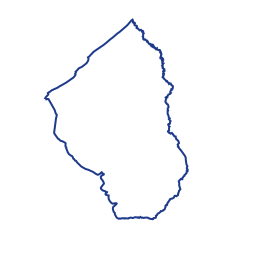 outline of Ban Chang, Rayong, Thailand, rotated 150°
{"feature_id": "78962969B38445835691017", "entity_name": "Ban Chang", "entity_type": "district", "adm_level": 2, "iso_a3": "THA", "parent_name": "Thailand", "parent_adm1": "Rayong", "projection": "orthographic", "projection_center": [101.027, 12.738], "detail": "fine", "context": "isolated", "style": "outline", "palette": "blue", "viewbox_px": 256, "rotation_deg": 150, "n_neighbors": 0, "source": "geoboundaries", "source_scale": "gbopen_adm2", "svg_char_len": 5659}
<svg xmlns="http://www.w3.org/2000/svg" viewBox="0 0 256 256"><g transform="rotate(150 128 128)"><path d="M181.2,53.9L180.4,53.8L179.8,53.2L178.3,52.9L177.7,52.3L176.2,51.7L176.1,51.2L174.8,50.8L173.1,49.5L172.2,49.6L171.7,49.3L170.7,49.2L170.3,49.0L169.1,47.8L168.4,47.5L167.2,47.4L166.9,47.2L165.9,46.9L164.7,45.7L163.9,45.7L163.4,44.6L161.7,44.8L161.2,43.5L160.1,43.1L159.5,42.3L158.1,41.9L156.1,40.8L155.6,40.3L155.4,39.7L155.0,39.5L154.8,38.9L153.6,37.7L152.8,37.2L152.4,36.7L151.8,36.6L151.6,37.0L151.3,36.9L150.5,37.1L148.9,36.4L147.7,37.5L147.6,38.1L146.4,38.1L145.1,39.0L143.4,38.8L141.6,39.3L141.2,39.6L140.8,39.2L139.3,38.9L139.0,39.2L137.7,39.1L136.7,39.4L136.4,39.8L134.8,41.0L134.7,41.6L134.3,42.0L133.4,42.2L133.3,41.9L132.6,41.8L132.1,42.5L131.4,43.2L130.3,43.5L130.2,43.8L128.7,44.5L128.0,44.6L127.6,45.2L127.0,45.4L126.0,45.1L125.5,45.1L125.2,44.8L123.6,44.7L122.7,45.0L122.2,45.6L121.5,45.9L121.1,45.8L120.2,44.7L118.2,44.9L117.8,45.8L117.0,46.2L116.7,46.8L115.7,47.4L115.4,48.0L113.3,48.8L112.9,49.9L113.0,50.4L112.5,51.9L112.5,52.6L111.3,54.3L110.7,56.5L107.6,57.5L107.2,57.4L106.9,56.6L106.6,56.5L106.1,57.3L104.7,57.9L104.3,58.3L103.0,58.4L102.6,59.0L101.9,59.0L101.2,59.4L100.5,59.4L100.0,59.6L99.7,59.9L99.5,60.4L98.3,60.7L98.4,61.3L97.8,61.2L97.3,61.7L97.1,62.4L97.4,62.8L97.2,63.1L97.2,63.9L95.7,65.1L95.6,67.2L93.8,71.7L93.0,73.1L92.7,74.3L92.7,76.2L93.2,81.0L94.1,86.8L93.5,86.9L93.3,88.8L91.3,89.5L90.9,91.6L91.2,92.4L91.2,93.1L91.8,94.1L91.5,95.0L91.5,95.8L91.3,96.1L91.4,96.7L91.1,96.9L91.9,97.7L92.2,98.4L92.0,99.2L92.3,99.7L92.2,100.6L92.5,101.3L92.5,101.8L93.6,101.7L94.0,101.8L94.1,102.1L93.9,102.4L94.9,103.4L94.9,104.3L95.1,104.3L95.2,104.8L95.1,105.1L94.8,105.3L94.0,105.1L93.5,105.5L93.0,106.7L92.2,107.7L91.9,108.4L91.4,108.5L91.7,109.2L91.5,109.9L91.6,110.3L91.4,111.0L90.7,111.1L90.6,110.9L90.1,110.7L89.6,110.8L88.4,112.3L87.7,112.7L88.0,113.4L87.9,114.5L88.1,114.9L87.2,115.2L87.0,115.4L87.6,116.4L87.1,117.3L86.6,119.3L86.7,120.2L85.6,122.2L85.0,122.8L84.5,123.0L84.5,123.3L84.8,123.5L84.2,124.3L83.8,125.1L83.4,125.2L82.3,125.9L81.7,128.4L82.3,129.3L82.2,130.0L82.5,130.4L82.3,131.6L82.5,132.1L81.0,133.7L80.0,134.4L80.1,135.0L79.8,135.4L79.9,135.6L79.3,135.7L78.4,135.1L77.4,136.3L76.2,136.7L74.7,136.5L73.4,136.9L73.8,137.5L73.5,138.0L71.8,139.3L71.2,139.1L70.9,140.0L69.7,139.7L69.4,140.3L68.6,141.0L68.2,142.0L68.5,142.5L68.5,142.9L68.9,143.2L69.0,143.6L68.8,145.2L69.4,145.7L69.8,145.6L70.0,146.3L70.5,146.1L70.4,147.0L70.8,148.2L70.7,149.0L71.5,149.2L71.4,150.3L72.2,152.5L72.1,154.2L72.6,154.3L72.7,154.6L72.5,154.9L72.0,154.9L71.8,155.3L70.7,155.8L70.6,156.2L70.9,156.6L70.7,157.1L70.1,156.7L69.6,156.9L69.6,158.2L69.3,159.5L68.3,159.2L68.3,159.7L67.6,159.8L67.6,160.4L67.1,160.7L67.2,161.1L67.9,162.0L68.1,162.6L67.9,162.9L67.4,163.1L67.2,163.7L67.4,164.9L66.7,165.4L66.2,165.3L66.0,165.5L65.9,165.9L65.1,166.2L65.3,166.4L65.3,166.7L65.8,167.2L65.6,167.6L64.4,168.4L64.5,169.3L64.9,169.5L64.8,169.8L64.2,170.1L64.1,169.9L63.3,169.6L63.1,170.2L63.3,171.7L63.5,171.8L64.5,171.2L65.1,172.4L63.7,173.8L63.3,173.9L63.0,174.5L62.6,174.7L62.5,175.1L62.0,175.5L61.9,176.2L62.3,176.3L62.3,177.5L61.9,177.4L61.5,177.8L61.5,179.7L62.2,180.1L62.4,180.3L62.7,180.3L63.3,181.1L63.5,181.2L63.6,181.7L63.2,182.4L64.5,182.3L64.6,182.8L64.1,183.2L64.1,183.4L64.3,183.8L64.9,184.2L65.2,185.7L65.4,185.5L65.4,185.0L65.5,184.9L65.9,185.4L65.5,186.4L66.0,186.6L65.2,187.2L64.8,186.8L64.8,187.7L65.3,188.1L65.7,187.6L66.5,187.9L66.9,187.8L67.1,188.3L66.8,188.8L66.6,189.7L67.4,190.1L67.7,190.4L67.8,191.6L67.7,192.1L68.2,192.8L67.7,193.1L67.7,193.8L68.1,193.9L68.0,194.3L68.5,194.8L68.6,195.7L69.1,196.4L69.8,196.3L70.3,197.0L70.2,197.9L69.7,198.4L69.6,198.8L69.6,199.6L69.3,199.6L69.0,199.8L68.8,200.4L68.0,201.4L67.9,202.1L67.6,202.3L67.0,202.3L67.1,203.7L66.5,204.1L66.5,204.3L66.7,204.8L67.0,204.9L67.3,204.9L67.6,204.4L67.8,204.5L67.6,205.3L67.7,206.6L69.1,206.8L69.8,209.5L70.2,209.7L70.6,210.2L70.4,210.7L69.8,210.9L69.3,211.8L69.6,212.5L70.6,213.2L70.9,213.8L70.8,214.3L69.5,215.3L69.7,216.0L70.7,216.3L71.0,216.9L70.9,217.3L70.2,217.9L69.9,219.6L71.5,219.4L76.7,217.5L78.8,217.0L87.2,215.4L90.4,215.1L95.8,214.0L98.7,213.7L103.8,212.7L107.9,212.1L119.9,211.2L120.4,210.9L123.7,210.0L125.8,209.3L127.4,209.2L127.6,207.7L128.2,206.9L129.1,206.1L131.6,204.8L137.4,204.0L140.6,204.3L143.9,203.2L145.2,203.0L145.3,202.1L146.8,201.3L146.8,200.4L147.8,199.8L149.9,199.0L159.0,198.2L167.4,198.3L168.4,198.1L175.2,198.8L177.8,198.4L178.9,198.5L180.0,198.3L180.0,197.3L180.7,196.7L183.5,195.9L184.8,195.2L184.4,194.7L184.4,193.6L184.1,193.5L183.7,193.6L183.2,193.4L182.4,192.8L182.5,180.4L183.2,177.1L183.3,175.9L183.1,175.0L184.6,173.2L185.3,172.6L194.4,160.8L194.5,159.1L194.0,154.0L193.8,153.4L193.4,152.9L193.1,151.3L192.4,150.2L191.7,149.6L190.7,148.2L189.7,146.3L189.8,145.6L190.7,144.5L191.4,143.1L191.1,142.0L191.8,141.1L191.8,140.0L192.3,137.3L192.2,135.0L191.3,132.8L190.4,131.4L190.4,130.6L190.7,128.8L190.2,128.0L190.1,126.2L189.4,125.5L189.3,123.5L187.7,118.0L185.3,113.8L183.2,111.6L180.2,107.4L178.9,104.6L177.8,102.8L177.2,102.5L175.5,102.3L173.0,102.9L172.7,102.5L172.9,101.2L172.0,100.5L172.1,100.0L172.3,99.8L174.5,99.9L175.6,99.6L176.0,99.3L176.6,97.9L176.2,95.2L176.3,93.2L176.5,92.1L177.1,91.6L178.6,91.1L181.0,90.0L181.5,89.7L181.7,89.2L181.7,88.3L181.1,86.6L179.2,84.4L178.8,83.5L178.2,82.9L178.4,82.7L180.0,82.6L180.6,81.7L180.3,80.9L178.5,79.2L179.7,77.4L180.2,76.1L180.3,74.2L180.0,71.7L179.1,70.1L176.1,69.0L175.6,68.3L176.1,67.9L180.3,67.0L181.2,66.2L181.8,64.8L182.3,62.5L181.9,61.0L182.5,59.9L182.6,59.3L182.6,56.4L182.4,55.5L181.2,53.9Z" fill="none" stroke="#1e3a8a" stroke-width="2"/></g></svg>